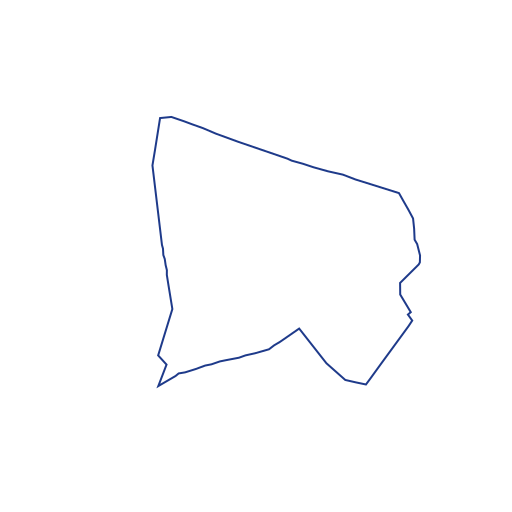 outline of Aleg, Brakna, Mauritania, rotated 326°
{"feature_id": "47542326B53604404291210", "entity_name": "Aleg", "entity_type": "district", "adm_level": 2, "iso_a3": "MRT", "parent_name": "Mauritania", "parent_adm1": "Brakna", "projection": "equal_earth", "projection_center": [-13.702, 17.041], "detail": "fine", "context": "isolated", "style": "outline", "palette": "blue", "viewbox_px": 512, "rotation_deg": 326, "n_neighbors": 0, "source": "geoboundaries", "source_scale": "gbopen_adm2", "svg_char_len": 992}
<svg xmlns="http://www.w3.org/2000/svg" viewBox="0 0 512 512"><g transform="rotate(326 256 256)"><path d="M409.7,283.8L381.2,248.1L373.5,237.1L363.0,226.0L353.3,214.6L346.5,205.8L338.9,196.9L336.5,192.9L305.2,151.5L291.2,132.2L283.5,120.3L276.7,111.1L271.7,104.1L263.6,93.4L253.6,88.0L231.2,112.0L220.8,123.0L184.2,194.3L183.0,197.9L179.7,203.4L178.7,207.4L177.7,209.5L176.0,213.0L174.2,217.9L171.5,221.8L170.3,224.4L167.5,230.4L157.0,253.2L119.3,283.7L121.1,296.0L102.3,309.2L122.3,310.5L126.2,310.1L132.1,312.8L137.1,314.3L142.8,316.0L152.6,318.4L158.5,320.9L167.1,323.2L172.9,325.6L185.0,330.8L191.7,332.5L200.8,336.1L214.6,340.6L221.1,340.2L228.0,340.6L251.2,340.3L254.4,384.3L260.7,408.7L268.2,416.7L275.3,424.0L282.1,421.6L299.6,415.2L343.1,399.5L349.4,396.9L349.2,389.5L352.9,389.1L354.0,368.6L360.4,358.9L386.2,354.0L388.3,352.9L392.3,347.3L396.3,336.2L396.6,331.2L402.3,321.9L407.2,312.7L408.2,302.9L409.0,292.3L409.7,283.8Z" fill="none" stroke="#1e3a8a" stroke-width="2"/></g></svg>